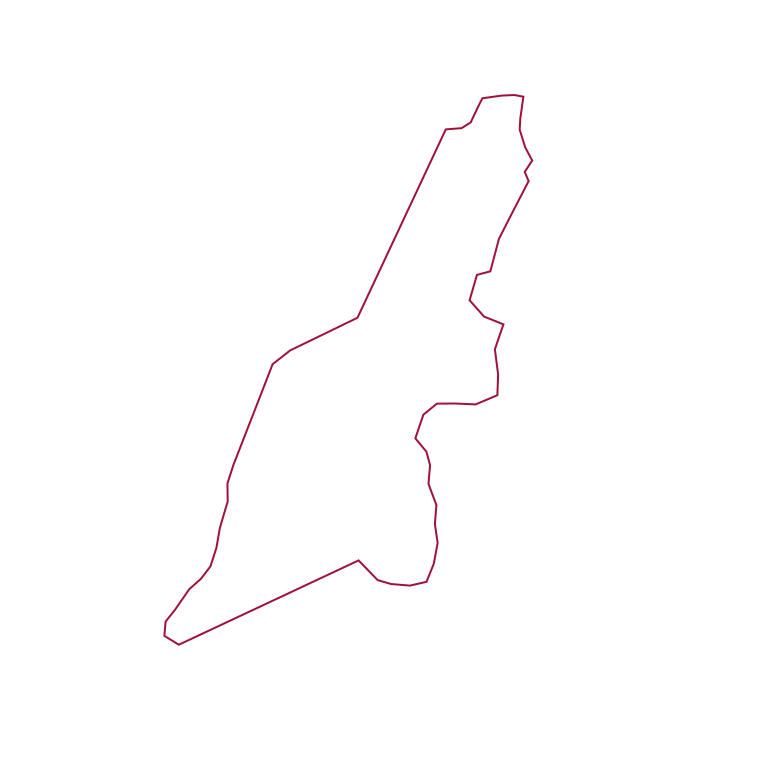 outline of Belapais, Cyprus, rotated 112°
{"feature_id": "46923920B81569607832165", "entity_name": "Belapais", "entity_type": "district", "adm_level": 2, "iso_a3": "CYP", "parent_name": "Cyprus", "parent_adm1": "", "projection": "mercator", "projection_center": [33.345, 35.303], "detail": "fine", "context": "isolated", "style": "outline", "palette": "rose", "viewbox_px": 768, "rotation_deg": 112, "n_neighbors": 0, "source": "geoboundaries", "source_scale": "gbopen_adm2", "svg_char_len": 867}
<svg xmlns="http://www.w3.org/2000/svg" viewBox="0 0 768 768"><g transform="rotate(112 384 384)"><path d="M124.8,422.1L332.5,433.4L388.0,483.6L407.4,494.7L435.1,494.3L515.5,493.3L534.9,491.9L551.5,484.9L565.4,483.6L579.2,482.2L598.7,478.0L618.1,476.6L633.3,480.8L647.2,487.7L672.1,493.3L686.0,497.5L699.8,493.3L702.6,476.6L557.1,341.5L568.2,316.5L566.8,302.5L561.2,284.4L551.5,270.5L532.1,270.5L511.3,274.7L494.7,284.4L476.7,290.0L460.0,305.3L442.0,310.9L430.9,319.3L422.6,334.6L397.7,336.0L382.4,327.6L375.5,310.9L368.6,291.4L351.9,274.7L332.5,281.7L310.3,294.2L284.0,295.6L284.0,316.5L274.3,336.0L248.0,338.7L239.7,327.6L206.4,331.8L174.5,329.0L141.7,325.9L134.6,333.0L121.3,330.3L111.5,341.9L97.3,353.5L86.7,357.1L65.4,362.4L67.2,371.3L72.5,382.9L82.2,399.8L92.9,400.7L108.9,401.6L117.7,407.9L124.8,422.1Z" fill="none" stroke="#9f1239" stroke-width="2"/></g></svg>